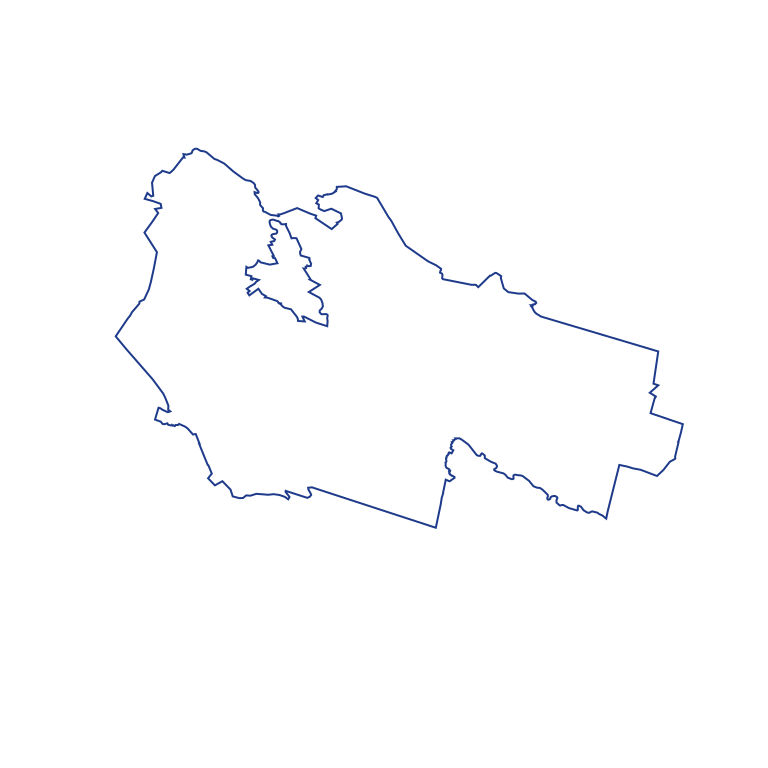 outline of Abavas pag., Talsi, Latvia, rotated 205°
{"feature_id": "27541924B53865799489570", "entity_name": "Abavas pag.", "entity_type": "district", "adm_level": 2, "iso_a3": "LVA", "parent_name": "Latvia", "parent_adm1": "Talsi", "projection": "robinson", "projection_center": [22.52, 57.069], "detail": "fine", "context": "isolated", "style": "outline", "palette": "blue", "viewbox_px": 768, "rotation_deg": 205, "n_neighbors": 0, "source": "geoboundaries", "source_scale": "gbopen_adm2", "svg_char_len": 6155}
<svg xmlns="http://www.w3.org/2000/svg" viewBox="0 0 768 768"><g transform="rotate(205 384 384)"><path d="M647.3,313.8L632.5,306.8L595.7,290.5L580.0,282.0L576.8,279.4L570.3,273.3L568.7,269.4L566.2,268.9L567.9,267.1L573.6,267.0L576.3,267.5L578.3,267.2L576.5,255.0L570.3,255.5L568.0,254.3L567.4,254.3L566.0,254.8L563.7,256.8L562.3,255.8L559.4,256.5L558.8,256.8L558.8,257.3L557.7,257.0L557.3,257.6L555.9,257.4L555.7,257.6L555.7,258.4L555.4,258.9L553.4,259.7L552.9,261.2L546.2,261.3L543.4,260.8L535.8,257.5L533.5,259.1L525.9,251.9L526.3,251.7L514.3,240.5L509.5,236.1L508.9,236.2L502.2,230.0L503.6,224.2L494.4,220.7L489.4,227.6L478.4,223.4L473.6,218.2L466.9,219.4L463.6,221.1L461.8,224.8L457.9,226.3L453.3,230.5L442.1,234.7L437.5,237.5L431.9,239.2L427.5,239.7L426.2,239.8L422.1,239.0L421.9,241.7L427.7,244.7L427.9,245.6L405.4,248.4L403.6,250.5L403.1,252.7L404.2,253.8L407.9,256.4L408.9,257.9L405.6,259.9L276.3,275.6L281.7,298.8L283.6,305.3L284.2,309.9L284.4,310.0L287.6,323.4L283.5,323.5L280.4,328.8L280.7,329.4L282.8,329.8L283.9,329.4L285.2,330.0L286.0,329.8L286.9,330.5L286.7,330.8L286.9,331.1L287.9,331.8L287.7,332.2L288.0,332.6L287.4,332.8L287.3,333.3L289.4,334.4L291.8,334.4L293.6,335.8L294.4,337.9L295.1,338.8L294.7,339.7L294.8,340.4L296.3,342.6L296.1,343.4L296.6,343.9L296.4,344.5L296.7,345.5L296.0,346.3L296.2,347.1L295.8,348.0L296.3,348.8L296.0,349.6L293.4,349.7L293.2,353.2L295.8,353.5L296.7,354.2L296.2,355.9L297.0,356.3L297.6,357.7L297.3,359.0L297.9,359.8L297.2,360.0L297.4,360.6L296.9,361.7L296.9,362.2L297.4,362.4L296.5,363.1L296.3,364.0L295.6,364.0L295.9,364.1L295.6,364.6L296.2,364.9L292.8,366.6L290.3,366.5L281.9,364.8L269.8,358.7L268.2,358.8L266.5,359.5L266.3,360.0L266.4,361.7L266.0,362.5L265.7,362.6L263.0,362.0L262.2,361.5L261.4,359.5L260.6,359.3L253.9,358.7L249.2,359.0L247.5,358.0L246.8,357.2L246.7,355.5L248.1,353.3L247.9,352.7L246.7,352.3L244.4,352.3L237.9,353.5L235.5,353.0L232.2,351.4L228.2,351.7L227.0,352.3L226.6,353.1L227.8,355.1L227.9,356.1L227.6,356.6L226.5,357.4L224.2,357.9L221.5,358.9L219.5,359.2L211.5,357.5L205.4,354.5L201.5,354.7L198.7,355.7L195.6,355.2L188.8,352.8L188.0,351.5L187.8,349.4L186.9,348.6L186.2,348.5L184.9,349.9L185.1,351.9L184.3,353.2L181.8,354.8L179.8,354.7L178.7,354.0L178.6,351.8L177.6,349.5L173.5,348.2L172.8,348.4L171.6,349.6L170.4,350.1L163.9,349.7L155.6,351.0L155.2,351.4L155.2,352.0L156.3,354.2L156.6,355.6L156.0,356.1L153.6,356.0L149.7,353.9L145.7,353.4L143.7,353.9L142.1,356.0L141.2,356.6L136.1,357.6L134.2,357.1L130.5,357.1L125.7,355.9L127.4,362.9L136.5,410.1L128.9,411.9L122.6,412.8L115.2,414.7L97.7,416.0L94.4,424.3L92.1,434.3L88.5,439.2L88.5,439.6L89.5,441.2L92.3,455.0L92.6,456.1L93.0,456.0L93.0,457.5L94.4,465.6L96.2,473.9L130.1,470.2L132.6,485.0L132.7,486.0L132.4,486.1L132.3,487.5L139.4,488.4L134.9,498.7L139.9,498.2L149.2,529.4L270.2,511.5L275.3,512.1L277.5,512.7L280.2,514.5L281.9,516.0L283.5,516.7L282.7,517.5L283.5,517.7L282.5,518.1L282.8,518.8L280.8,520.2L280.7,520.6L280.9,520.9L280.3,521.8L281.0,522.6L280.7,523.2L281.2,522.7L285.4,522.9L294.8,525.4L300.5,522.7L310.2,519.8L315.9,521.3L322.9,529.4L323.4,531.3L328.9,532.1L330.2,531.7L333.2,527.0L333.8,526.9L339.5,511.6L342.7,512.7L346.5,510.9L375.0,503.9L375.9,504.3L377.2,507.8L378.3,508.6L380.3,508.6L380.7,510.6L380.5,511.0L380.9,512.5L386.7,513.6L395.9,513.8L422.7,518.5L434.5,526.3L446.4,535.0L450.6,537.3L468.9,549.8L471.2,549.8L482.1,548.4L501.8,547.2L510.1,542.7L509.1,540.6L509.8,537.9L509.3,537.9L511.5,534.5L515.2,531.8L515.5,532.0L518.4,529.7L518.5,527.6L523.4,527.0L524.5,523.7L521.4,522.9L521.7,519.2L518.9,519.1L517.5,515.6L515.1,515.3L511.2,515.5L505.8,520.6L495.1,520.4L491.9,516.1L491.9,514.9L493.5,511.7L495.0,510.3L493.7,509.5L496.9,502.3L516.2,505.3L516.6,507.9L523.0,507.2L537.1,506.7L547.8,495.6L549.9,493.7L551.3,493.1L550.1,492.0L550.7,491.2L552.3,491.3L557.9,489.4L559.2,489.4L564.7,489.7L565.9,489.4L567.0,489.9L568.0,492.2L571.6,493.7L572.1,494.2L573.0,496.2L573.5,496.7L576.9,499.3L581.4,501.4L582.4,503.2L579.7,503.5L578.9,503.9L578.6,504.3L578.8,504.9L579.3,505.5L583.8,507.7L585.2,510.1L587.2,511.1L590.8,511.6L595.6,510.3L599.1,510.7L610.6,513.0L622.0,516.3L630.0,516.6L632.8,516.3L642.9,519.0L644.9,518.9L648.8,517.8L652.6,518.2L654.6,517.4L655.4,516.4L656.2,514.8L655.9,512.3L656.7,511.0L659.9,508.4L662.9,507.6L662.0,506.3L660.5,504.9L661.9,504.3L665.5,488.9L667.4,484.6L675.1,483.5L675.5,481.8L679.5,475.6L679.3,468.4L672.7,457.1L674.2,455.7L679.2,457.1L679.1,450.7L670.8,452.1L662.6,452.9L660.1,449.6L665.4,445.9L660.9,443.5L662.5,433.4L665.1,420.0L645.5,407.5L641.4,391.3L638.4,377.9L637.1,370.2L637.1,359.2L640.4,355.3L639.7,353.4L642.8,342.4L642.9,339.1L644.0,334.5L647.3,313.8ZM505.5,454.7L494.8,447.8L495.3,447.3L484.0,446.7L491.0,435.6L478.8,434.9L476.6,433.9L474.1,431.5L472.2,428.5L472.3,426.0L473.3,423.5L472.7,421.9L471.0,421.0L470.0,420.9L465.7,423.0L464.4,422.8L463.9,422.0L463.3,419.6L461.7,417.2L459.9,412.4L471.5,410.9L485.1,411.3L486.4,410.6L482.3,407.2L488.5,404.8L489.9,406.9L491.4,408.1L499.9,412.4L506.2,411.1L508.5,411.4L510.9,412.4L511.2,413.5L512.3,413.3L512.3,412.7L513.7,412.8L515.1,413.8L516.1,414.0L526.1,413.0L528.5,412.1L528.2,413.7L532.7,414.1L538.1,417.2L543.5,407.4L546.2,409.1L545.1,411.4L548.6,412.3L546.9,415.4L544.2,419.3L543.4,420.8L543.2,422.3L541.4,425.4L547.3,424.4L547.3,422.8L549.0,422.6L549.7,425.7L555.5,424.7L558.2,432.0L556.3,431.8L552.3,434.8L550.9,437.5L550.3,440.2L550.3,442.9L549.2,442.9L547.3,442.1L538.0,443.9L531.6,448.4L535.9,452.0L537.7,451.4L539.1,452.6L538.0,453.5L547.4,460.8L544.1,463.0L546.7,465.0L543.9,467.2L543.9,468.9L547.1,469.5L548.8,470.8L548.8,471.8L548.1,472.8L545.3,474.7L544.9,476.1L545.3,477.4L546.6,478.3L550.4,477.9L552.9,478.8L554.0,479.7L556.0,482.1L556.5,483.5L556.4,484.2L554.7,485.8L553.2,486.3L549.6,486.6L548.7,487.0L546.1,486.5L545.7,485.8L544.4,485.5L542.4,486.3L540.4,487.6L539.5,485.8L533.0,480.6L529.4,476.9L527.6,478.1L524.9,479.1L515.9,471.4L515.9,468.2L515.1,466.7L513.7,465.3L504.9,466.7L504.1,465.6L504.3,465.1L500.8,462.1L500.7,460.8L500.3,460.2L501.6,459.1L503.0,458.7L503.7,458.9L503.7,458.0L504.5,457.2L503.6,456.2L504.8,454.9L505.5,454.7Z" fill="none" stroke="#1e3a8a" stroke-width="2"/></g></svg>